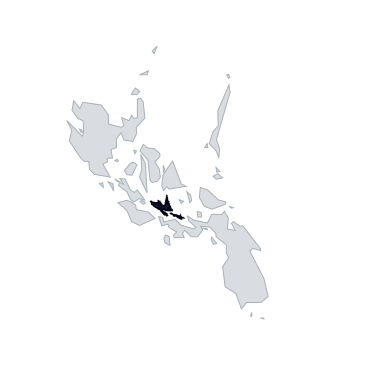 Masbate, Masbate, Philippines shown in context, rotated 153°
{"feature_id": "2640588B67488359993346", "entity_name": "Masbate", "entity_type": "district", "adm_level": 2, "iso_a3": "PHL", "parent_name": "Philippines", "parent_adm1": "Masbate", "projection": "robinson", "projection_center": [123.452, 12.45], "detail": "fine", "context": "in_parent", "style": "filled", "palette": "ink", "viewbox_px": 384, "rotation_deg": 153, "n_neighbors": 0, "source": "geoboundaries", "source_scale": "gbopen_adm2", "svg_char_len": 8894}
<svg xmlns="http://www.w3.org/2000/svg" viewBox="0 0 384 384"><g transform="rotate(153 192 192)"><path d="M180.4,62.2L193.6,68.7L201.0,65.4L199.0,81.5L205.5,92.5L198.6,111.6L189.0,116.8L189.2,122.1L185.4,129.1L190.8,141.1L189.6,144.3L192.0,152.7L199.9,157.5L199.7,153.1L207.3,149.6L212.8,152.3L215.8,161.2L219.3,159.4L219.7,154.8L228.5,159.4L228.3,161.7L223.8,163.3L228.6,170.9L228.0,174.2L234.3,175.7L232.9,185.2L229.6,182.7L230.9,178.1L219.5,175.5L216.9,167.4L206.8,158.0L204.5,158.4L208.0,168.4L206.8,172.5L202.9,165.8L192.2,157.4L184.5,163.2L175.5,158.4L171.9,160.1L171.5,152.3L177.3,143.0L171.0,138.2L171.0,146.3L168.4,146.9L165.1,139.9L162.1,138.8L156.7,110.2L157.7,108.8L163.5,114.4L167.3,113.2L167.2,82.1L171.6,64.4L180.4,62.2ZM258.1,242.4L271.1,252.2L273.1,258.8L270.1,266.0L274.2,268.3L275.9,274.0L278.1,293.4L271.1,301.5L271.1,312.5L264.5,291.7L262.1,293.1L256.6,304.8L260.3,309.4L261.8,319.3L256.0,327.0L253.9,317.4L248.5,321.4L233.2,310.6L231.6,298.6L235.5,290.4L225.8,281.9L222.8,282.1L220.9,290.2L215.7,284.2L211.1,287.7L210.2,283.8L207.0,283.0L198.5,299.5L195.4,299.1L194.6,294.4L200.4,279.3L212.3,275.0L214.8,269.3L221.7,263.8L229.1,269.3L228.2,277.1L235.4,273.5L239.1,265.9L244.9,266.7L247.4,258.4L252.3,260.5L253.5,257.2L258.7,257.5L258.1,242.4ZM219.7,252.2L213.8,256.6L211.5,251.3L206.1,248.0L203.2,241.1L204.5,238.2L211.3,235.7L210.7,227.2L213.6,219.4L218.5,217.2L223.1,218.7L224.1,221.6L216.8,240.2L219.7,252.2ZM253.9,186.0L259.2,192.9L258.4,205.0L262.8,216.1L253.8,214.2L250.3,210.2L248.2,205.8L249.6,201.6L239.8,193.7L237.0,185.2L253.9,186.0ZM194.6,199.7L211.1,205.0L212.1,208.1L216.8,206.2L216.1,211.3L209.8,220.7L195.2,228.4L197.9,204.0L194.6,199.7ZM132.2,252.6L110.4,270.7L112.8,263.6L146.4,227.7L147.9,217.6L152.4,210.7L151.9,218.1L154.7,227.3L145.8,236.2L138.5,239.2L132.2,252.6ZM167.7,165.9L181.9,167.6L187.6,173.8L187.9,183.8L182.5,192.3L176.9,186.4L172.1,173.0L166.5,168.0L167.7,165.9ZM242.1,210.1L248.4,209.5L250.1,212.8L249.9,221.5L254.5,231.2L252.3,233.6L249.5,230.0L250.2,236.8L245.8,234.0L245.9,221.6L243.7,217.9L239.8,218.7L237.7,206.2L242.1,210.1ZM220.6,248.7L220.8,238.1L232.5,211.5L231.9,229.3L226.5,234.8L220.6,248.7ZM242.4,241.8L234.0,245.6L230.7,245.1L228.6,241.2L237.8,234.2L242.1,236.9L242.4,241.8ZM218.2,184.9L232.5,197.4L232.6,201.8L222.4,192.4L216.8,198.3L218.2,184.9ZM238.1,163.6L234.9,165.6L232.5,162.9L235.8,154.5L239.2,158.7L238.1,163.6ZM201.8,306.6L195.3,310.4L193.0,305.3L197.0,303.8L201.8,306.6ZM158.4,190.7L164.5,192.3L166.0,196.5L160.6,196.6L158.4,190.7ZM194.6,165.4L198.2,167.0L196.2,172.3L193.1,169.7L194.6,165.4ZM178.7,316.9L185.4,320.1L175.8,319.8L178.7,316.9ZM262.1,239.2L258.6,235.0L261.6,228.5L261.3,232.5L262.1,239.2ZM198.7,183.5L196.4,194.6L194.7,190.0L196.1,184.6L198.7,183.5ZM163.0,332.4L163.5,335.7L156.9,337.8L163.0,332.4ZM196.8,135.6L196.6,140.6L195.0,142.7L193.3,135.0L196.8,135.6ZM208.6,222.4L205.7,228.8L205.7,225.1L208.6,222.4ZM161.0,198.5L159.4,203.1L157.9,197.7L161.0,198.5ZM242.7,207.1L240.4,207.2L238.2,203.6L240.9,203.1L242.7,207.1ZM206.9,186.8L206.9,191.0L203.7,187.5L206.9,186.8ZM270.7,241.5L267.4,240.7L268.9,236.3L270.7,241.5ZM214.7,174.1L220.5,182.5L213.2,174.2L214.7,174.1ZM160.5,225.9L156.6,228.2L157.7,224.4L160.5,225.9ZM225.6,252.1L224.9,255.7L222.8,253.9L225.6,252.1ZM226.6,184.3L227.9,189.3L225.0,183.0L226.6,184.3ZM107.9,280.5L105.9,280.3L106.3,277.1L107.8,276.7L107.9,280.5ZM246.3,254.9L243.7,255.1L243.5,253.2L245.0,252.9L246.3,254.9ZM263.8,299.2L262.0,297.0L262.6,294.7L263.8,295.8L263.8,299.2ZM164.3,159.7L165.4,162.5L162.4,159.3L164.3,159.7ZM253.8,235.1L254.9,238.8L252.1,234.3L253.8,235.1ZM196.1,55.2L193.3,57.6L195.3,54.2L196.1,55.2ZM199.3,155.1L195.4,152.9L195.4,151.4L199.3,155.1ZM185.6,46.2L188.1,48.8L185.3,47.1L185.6,46.2Z" fill="#d9dde1" stroke="#a8b0b8" stroke-width="1"/><path d="M218.2,184.5L218.2,184.9L218.1,185.0L218.3,185.0L218.3,185.3L218.2,185.4L218.4,186.1L218.4,187.5L218.5,187.6L218.8,187.5L218.9,188.0L219.1,187.9L218.9,188.1L219.0,188.2L218.8,189.0L218.6,189.1L218.7,189.3L218.6,189.7L218.7,190.0L218.6,190.3L218.3,190.8L218.0,191.1L217.9,191.3L217.9,191.6L218.2,191.9L217.8,191.9L218.0,192.4L218.3,192.2L218.5,191.8L219.1,192.4L219.2,191.9L219.3,191.9L219.3,192.1L219.2,192.2L219.3,192.3L219.3,192.6L219.2,192.6L219.0,192.4L218.8,192.7L218.7,193.0L218.9,193.1L219.0,193.5L218.9,193.6L218.2,194.0L218.4,194.2L218.3,194.3L218.2,194.2L218.1,194.3L218.0,194.1L217.8,194.1L217.6,195.0L217.6,195.6L217.4,196.0L217.4,196.4L216.5,198.1L216.8,198.7L217.1,198.6L217.6,197.9L217.6,197.7L217.7,197.8L218.1,197.6L218.7,196.6L219.2,196.3L219.5,195.6L219.7,195.4L219.6,195.2L219.7,195.3L219.9,194.9L220.1,194.9L220.6,194.5L221.6,192.7L222.0,192.5L222.6,192.5L222.8,192.3L223.6,192.4L223.6,192.6L224.1,193.1L224.1,193.4L224.5,193.8L224.8,194.7L224.9,194.8L224.7,195.2L225.4,195.4L225.5,195.1L225.8,195.1L225.4,195.4L225.5,195.8L226.3,196.3L226.9,197.0L227.2,197.1L226.7,197.6L227.0,197.9L226.8,198.2L227.4,198.4L227.7,198.3L228.9,198.6L229.3,198.8L230.0,199.5L230.3,199.5L230.5,199.6L231.4,200.3L232.0,201.1L232.5,202.2L232.9,202.4L233.1,202.4L233.1,201.9L232.8,200.9L233.0,200.3L233.0,199.8L232.5,198.7L232.2,197.7L232.0,197.8L232.0,197.4L231.7,197.0L231.9,196.7L232.0,196.6L232.1,197.1L232.7,197.8L232.7,197.4L231.9,196.3L231.3,194.9L230.9,194.5L230.6,193.9L230.4,193.7L230.2,193.4L230.2,193.1L229.9,192.8L229.9,192.5L229.5,192.3L229.4,192.4L229.4,192.8L229.2,192.8L228.6,192.0L228.2,191.8L227.9,192.2L228.1,192.7L227.9,192.8L227.6,192.4L227.4,191.8L227.1,191.3L226.6,190.7L226.4,190.0L225.9,189.7L225.7,189.8L225.4,189.7L225.2,189.4L225.3,189.2L225.1,189.1L224.9,189.1L225.0,189.3L224.8,189.4L224.5,189.6L224.3,189.6L224.5,189.1L224.8,189.1L224.6,188.9L224.5,188.7L224.1,188.4L224.0,187.6L223.9,187.4L223.5,187.7L223.3,187.5L222.9,187.1L221.9,186.3L221.5,186.3L221.4,186.2L221.3,186.3L221.1,186.1L221.0,186.3L220.6,186.5L220.7,186.8L220.6,187.1L220.8,187.3L220.4,187.2L220.2,187.5L220.2,187.9L219.9,187.7L219.9,187.8L219.9,188.0L219.7,187.8L219.9,187.5L219.7,187.5L219.7,187.3L220.2,187.1L220.3,187.0L220.4,186.9L220.2,186.2L220.0,185.8L220.7,185.8L220.1,185.6L219.4,185.0L219.0,185.1L218.6,184.7L218.2,184.5ZM213.9,173.2L213.7,173.6L213.6,174.1L213.4,173.8L213.4,174.0L213.2,173.9L212.7,174.1L213.0,174.5L213.3,174.7L213.2,174.8L213.1,174.7L212.9,175.0L213.1,175.5L213.0,175.9L213.3,175.6L213.4,176.0L213.7,176.3L214.0,176.3L214.1,176.2L214.4,176.5L214.8,176.4L214.9,176.6L215.1,176.4L215.1,176.9L215.3,177.3L215.6,177.1L215.6,177.3L215.7,177.6L215.9,177.6L215.9,178.0L216.3,178.3L216.6,178.3L216.4,178.6L217.0,178.8L217.5,179.6L217.8,179.7L218.3,179.7L218.6,179.8L218.7,180.2L219.1,180.5L219.4,180.9L219.5,181.5L219.9,182.1L220.3,182.6L220.8,182.7L220.6,182.1L220.0,181.5L219.6,180.7L219.6,180.9L219.1,180.1L218.9,179.6L219.0,179.3L218.9,179.1L219.0,178.9L218.9,178.7L218.2,178.3L217.8,178.3L217.2,178.2L216.8,177.6L216.8,177.2L216.5,177.0L216.6,176.8L216.4,176.3L216.0,175.8L215.8,175.8L215.9,175.6L215.7,175.5L215.7,175.2L215.4,174.8L215.2,174.5L214.9,174.0L214.8,173.9L214.8,174.1L214.6,174.1L214.8,173.9L214.8,173.7L214.6,173.6L214.1,173.6L213.9,173.2ZM225.0,182.7L224.8,182.9L224.7,182.8L224.6,183.0L224.9,183.9L224.7,183.7L224.5,183.9L224.3,183.5L224.3,183.9L224.6,184.6L224.6,184.4L224.9,184.4L224.9,184.9L225.3,185.7L225.5,185.9L225.8,186.3L225.9,186.7L226.2,187.0L226.2,187.4L226.7,187.9L227.0,188.6L228.0,189.9L228.2,189.2L227.9,189.0L228.1,188.9L228.1,188.5L227.7,188.3L227.9,188.2L227.7,187.3L227.7,187.1L227.6,186.9L227.7,186.7L227.4,186.2L227.1,185.9L227.3,185.8L227.1,185.2L226.9,185.2L227.0,185.0L227.1,184.9L226.9,184.3L226.6,184.4L226.6,184.1L226.3,183.8L225.6,183.6L225.0,182.7ZM225.8,198.7L225.7,199.2L225.9,199.4L226.0,198.8L225.8,198.7ZM216.4,199.6L216.1,199.8L216.1,200.1L216.5,199.8L216.4,199.6ZM213.5,173.2L213.0,173.5L213.2,173.8L213.3,173.7L213.5,173.7L213.5,173.2ZM211.4,172.9L211.7,173.5L212.1,173.6L212.1,173.4L211.7,173.3L211.6,173.0L211.4,172.9ZM218.3,189.0L218.1,189.2L218.2,189.8L218.3,189.3L218.5,189.1L218.3,189.0ZM229.4,191.8L229.0,191.7L229.4,192.1L229.4,191.8ZM218.6,192.9L218.4,193.1L218.1,193.3L218.6,193.3L218.5,193.2L218.6,192.9ZM233.5,199.4L233.3,199.2L233.2,199.3L233.4,199.5L233.5,199.4ZM228.4,190.2L228.1,190.0L228.4,190.5L228.4,190.2ZM230.2,200.5L230.3,200.6L230.2,200.5ZM224.7,182.4L224.8,182.6L225.0,182.7L224.8,182.5L224.7,182.4ZM218.6,188.0L218.4,187.9L218.4,188.2L218.6,188.0ZM224.6,198.4L224.8,198.7L224.6,198.4ZM228.8,191.3L228.8,191.5L228.9,191.4L228.8,191.3ZM223.9,197.8L223.9,197.7L223.9,197.8ZM223.8,196.0L223.7,196.0L223.8,196.0ZM224.5,182.2L224.5,182.3L224.6,182.2L224.5,182.2ZM218.5,188.4L218.4,188.5L218.5,188.5L218.5,188.4ZM218.1,193.4L218.0,193.5L218.1,193.4ZM224.4,183.3L224.4,183.5L224.4,183.4L224.4,183.3ZM225.3,196.4L225.3,196.2L225.2,196.4L225.3,196.4ZM224.6,182.8L224.6,183.0L224.6,182.9L224.6,182.8ZM225.0,197.6L225.1,197.8L225.1,197.6L225.0,197.6Z" fill="#0f172a" stroke="#020617" stroke-width="1.5"/></g></svg>